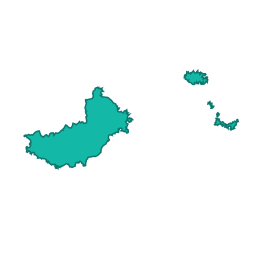 Sao Joao Baptista, Brava, Cabo Verde, rotated 62°
{"feature_id": "66160863B96352926706883", "entity_name": "Sao Joao Baptista", "entity_type": "district", "adm_level": 2, "iso_a3": "CPV", "parent_name": "Cabo Verde", "parent_adm1": "Brava", "projection": "orthographic", "projection_center": [-24.678, 14.893], "detail": "fine", "context": "isolated", "style": "filled", "palette": "teal", "viewbox_px": 256, "rotation_deg": 62, "n_neighbors": 0, "source": "geoboundaries", "source_scale": "gbopen_adm2", "svg_char_len": 5838}
<svg xmlns="http://www.w3.org/2000/svg" viewBox="0 0 256 256"><g transform="rotate(62 128 128)"><path d="M86.3,223.5L87.1,223.2L86.9,221.5L89.2,221.7L89.4,221.2L92.7,219.9L95.3,220.4L95.7,220.8L95.3,221.5L95.7,222.3L96.5,222.7L97.4,221.9L99.0,223.8L98.3,225.7L97.0,225.9L97.2,226.7L97.5,227.1L98.9,227.0L98.8,227.6L100.0,227.7L101.4,228.8L102.3,228.1L101.5,226.8L101.6,226.2L102.3,226.2L102.9,225.4L104.3,226.2L104.3,225.6L105.7,225.7L104.8,224.3L105.3,222.5L106.4,222.3L106.9,223.1L107.6,223.2L108.1,222.2L111.1,221.1L112.1,222.0L113.2,219.4L114.8,218.8L114.7,217.8L115.3,217.0L115.9,217.3L115.5,216.8L115.8,216.1L117.9,214.9L118.4,215.0L118.5,215.6L119.4,215.8L119.3,215.3L119.7,215.1L119.3,214.8L120.5,215.0L120.2,214.5L120.7,214.6L120.5,213.9L121.5,214.0L121.0,213.4L121.8,213.9L124.7,212.9L124.4,212.1L125.3,211.2L125.4,210.0L125.9,209.6L126.2,210.1L126.5,210.1L126.2,209.4L127.9,208.8L128.5,209.3L128.0,210.5L128.9,210.7L128.9,210.2L129.9,210.4L130.2,209.0L130.8,208.8L128.9,207.7L130.9,206.5L130.3,205.9L130.8,205.5L130.4,204.4L130.7,204.4L130.8,203.2L130.6,199.2L131.6,197.9L132.0,198.2L133.2,197.5L134.8,197.6L134.7,197.3L136.5,196.0L136.8,192.5L135.5,191.8L134.3,190.2L134.5,188.6L135.4,188.6L135.7,187.6L134.8,186.4L134.9,186.0L136.1,185.2L137.5,185.4L138.9,184.5L139.6,184.5L140.2,185.3L140.9,184.8L141.0,183.7L140.7,183.7L141.2,183.4L141.1,183.0L138.2,181.3L138.1,180.8L136.9,180.0L136.1,178.5L136.2,178.1L135.1,177.1L135.6,175.5L136.2,175.5L135.8,175.3L136.7,172.1L137.8,170.2L137.9,167.4L136.7,163.3L134.2,161.8L132.4,159.4L131.8,157.6L131.8,155.5L129.6,151.7L130.3,151.4L129.8,150.1L127.4,150.0L125.4,148.4L125.5,147.1L126.8,145.7L126.3,145.8L126.1,144.5L126.3,143.0L126.9,142.2L126.0,141.2L126.5,139.6L127.4,138.5L126.4,137.7L125.7,137.9L124.5,137.2L124.3,136.6L125.0,136.3L124.3,136.1L124.6,134.5L125.6,133.8L126.9,134.1L127.3,135.3L128.5,133.6L129.5,133.1L129.2,132.5L129.6,131.7L131.8,131.5L132.1,130.5L131.8,129.7L129.7,128.8L128.0,130.2L127.9,129.3L127.3,129.0L126.2,129.5L126.0,128.1L124.5,126.2L123.5,127.0L121.2,127.1L120.7,124.6L121.7,124.8L123.5,124.2L123.7,122.7L123.3,123.0L122.7,121.5L122.9,120.0L121.2,120.5L120.4,122.2L119.9,121.9L119.6,124.4L117.4,122.9L116.6,120.5L116.3,121.8L115.1,121.9L114.8,121.2L114.5,122.5L113.7,121.4L112.9,121.8L112.6,121.0L112.2,121.5L111.4,120.9L111.6,122.6L111.2,123.2L112.4,124.9L111.8,125.7L110.1,126.3L110.2,127.6L108.6,129.2L107.0,128.6L107.1,127.5L106.5,126.6L106.0,127.7L105.8,127.2L105.6,127.6L104.2,127.8L103.7,127.3L103.6,127.8L101.1,127.6L98.8,129.2L95.8,129.7L91.6,131.5L88.0,136.6L87.2,136.7L86.8,136.1L86.4,136.5L86.5,135.4L85.9,135.3L85.9,135.9L83.7,135.2L83.2,134.5L83.9,133.0L83.1,133.4L82.8,132.7L81.4,133.1L80.9,132.5L81.0,133.5L80.3,133.3L79.5,135.4L79.0,135.5L78.4,134.8L77.7,136.1L77.6,138.4L78.7,138.9L79.3,141.5L81.3,143.2L82.0,142.8L83.8,144.0L84.2,143.9L85.2,145.9L84.1,149.9L84.3,150.7L83.3,151.4L83.2,152.2L85.2,153.1L86.2,152.8L90.2,156.6L92.2,156.7L93.0,157.5L93.9,156.9L94.6,158.2L97.9,158.4L98.5,159.2L98.4,159.9L102.7,161.2L104.0,162.9L103.1,164.8L101.8,165.0L100.9,165.8L101.4,167.0L101.1,167.6L99.6,167.8L100.4,169.8L100.7,172.3L100.0,172.5L98.0,174.4L99.4,175.4L100.7,177.2L101.2,178.0L100.8,179.1L99.6,180.1L97.0,180.9L96.1,181.7L97.9,184.2L98.4,185.9L99.6,186.5L98.7,187.7L99.9,191.0L99.4,193.0L98.4,194.2L99.7,196.8L97.3,196.2L96.3,198.5L96.5,199.9L97.6,200.9L98.1,202.4L95.7,203.1L95.5,204.4L96.4,206.8L95.6,207.1L95.5,207.8L93.3,208.4L88.9,207.8L88.3,209.6L88.2,212.0L89.5,215.5L88.6,216.3L88.4,218.0L87.1,218.7L87.0,220.7L86.0,222.0L86.3,223.5ZM120.7,34.1L120.0,34.2L119.6,35.9L120.2,36.7L120.1,38.6L119.0,37.9L117.9,38.9L117.0,37.8L117.7,35.7L117.2,34.1L116.3,34.3L115.2,36.5L113.5,37.3L113.3,38.3L112.9,38.1L113.0,38.9L114.3,38.6L114.4,39.2L113.9,38.9L112.3,39.5L111.9,40.3L110.1,39.5L110.4,40.4L111.1,40.5L110.9,41.1L111.5,41.9L110.5,43.3L109.3,43.3L108.9,43.8L108.3,43.5L109.2,46.3L108.7,46.5L108.6,47.3L109.2,47.5L108.6,47.8L108.2,48.9L106.8,48.5L106.9,49.0L106.0,49.7L107.6,50.6L108.0,51.8L109.0,52.0L109.0,52.7L108.0,52.9L108.6,53.8L109.3,53.3L110.0,54.5L110.2,54.1L111.9,54.4L112.3,53.6L114.4,53.1L114.3,52.2L115.1,53.0L116.2,52.5L116.1,53.0L117.3,51.3L119.6,50.5L120.5,49.5L120.7,48.6L119.1,47.9L120.5,46.5L119.9,45.9L121.2,46.2L121.6,45.5L120.7,45.0L121.0,44.4L121.4,44.4L120.7,43.8L120.6,42.6L121.3,42.4L122.7,42.9L122.5,40.5L123.9,42.4L124.9,40.3L124.1,39.9L124.5,39.1L124.3,38.0L123.4,37.3L123.5,36.9L123.9,37.1L124.0,36.4L124.6,36.4L122.7,34.9L121.2,35.9L121.2,34.7L120.7,34.1ZM173.7,27.6L172.0,27.2L171.8,27.9L172.7,28.4L173.1,29.6L172.0,30.8L172.6,32.5L171.9,32.8L172.1,33.3L172.6,33.3L173.0,34.7L171.8,35.3L171.7,37.1L172.2,37.8L171.6,38.6L171.7,39.3L170.1,40.0L169.5,40.9L167.0,41.4L166.8,42.8L166.0,43.7L165.2,43.6L164.0,44.2L163.1,43.2L162.4,44.3L161.6,44.2L160.8,45.5L160.9,45.9L162.2,45.8L162.6,46.3L162.7,45.9L163.0,46.9L164.4,47.8L164.2,48.4L164.8,48.6L165.6,50.0L166.2,49.7L166.6,48.2L167.7,47.7L167.2,45.9L167.8,44.8L167.6,44.4L168.4,44.3L168.2,43.8L169.1,43.1L169.9,43.8L170.0,43.3L170.7,43.5L170.5,42.2L171.1,42.3L171.9,41.5L171.6,40.4L172.4,40.4L172.9,41.5L173.0,41.1L173.6,40.9L173.5,40.7L174.0,40.8L174.2,40.1L175.5,39.9L173.9,38.9L174.2,37.0L175.3,36.5L176.7,37.7L176.7,38.1L177.7,38.4L178.0,38.0L177.5,37.8L177.7,37.2L177.3,36.7L178.1,36.4L178.4,34.1L177.0,34.4L176.6,33.0L176.0,32.6L176.2,31.4L175.3,30.4L174.1,30.1L173.7,29.4L174.0,28.9L173.4,27.8L173.7,27.6ZM145.6,42.3L144.7,43.6L143.2,43.3L143.5,44.2L143.1,45.2L144.3,46.1L144.4,45.1L144.9,44.6L146.5,44.6L147.5,43.5L145.6,42.3ZM159.6,42.2L158.6,41.0L158.4,41.5L157.2,41.4L157.6,42.3L157.0,42.3L157.8,43.4L158.7,42.9L159.4,43.9L159.9,43.5L159.3,42.9L159.6,42.2ZM149.8,43.2L149.1,42.1L147.7,44.0L148.2,44.1L148.2,44.8L149.2,44.6L149.6,45.3L150.0,44.3L149.9,43.6L149.5,43.7L149.8,43.2Z" fill="#14b8a6" stroke="#0f766e" stroke-width="1.5"/></g></svg>